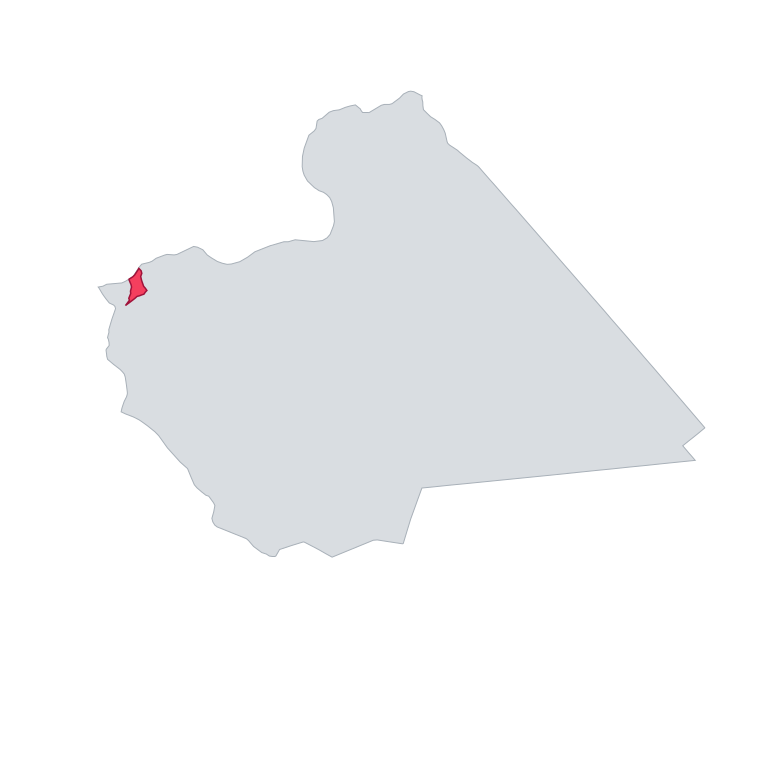 Az Zawiyah on a map of Libya (Equal Earth projection), rotated 321°
{"feature_id": "LBY-2975", "entity_name": "Az Zawiyah", "entity_type": "Municipality", "adm_level": 1, "iso_a3": "LBY", "parent_name": "Libya", "parent_adm1": "", "projection": "equal_earth", "projection_center": [12.658, 32.555], "detail": "fine", "context": "in_parent", "style": "filled", "palette": "rose", "viewbox_px": 768, "rotation_deg": 321, "n_neighbors": 0, "source": "natural_earth", "source_scale": "10m", "svg_char_len": 3701}
<svg xmlns="http://www.w3.org/2000/svg" viewBox="0 0 768 768"><g transform="rotate(321 384 384)"><path d="M168.0,236.0L171.2,234.0L175.9,231.9L178.3,230.2L179.4,228.8L182.9,223.2L184.8,220.0L187.3,215.7L188.4,212.8L188.4,210.0L188.1,206.7L186.2,198.7L184.7,190.9L186.0,188.0L187.0,186.5L189.2,182.9L190.0,182.2L194.7,181.1L196.5,178.6L198.0,175.6L198.3,174.0L200.4,172.4L202.8,170.7L204.3,168.6L209.2,165.2L213.6,162.2L218.8,159.0L222.8,156.5L223.7,154.4L223.6,152.5L221.5,148.2L221.5,143.2L221.7,139.1L221.9,136.6L222.9,129.8L222.9,128.8L227.1,131.1L231.3,132.0L243.9,140.5L247.9,141.5L256.8,142.5L267.2,139.1L271.1,138.4L278.0,141.7L281.0,142.6L286.1,142.9L294.8,145.8L297.0,146.8L302.1,151.6L304.6,153.0L322.6,157.3L325.1,160.2L327.7,165.7L327.8,172.5L329.3,177.5L331.6,183.9L334.4,188.5L337.4,192.3L340.9,194.7L348.9,198.2L357.8,199.6L366.9,200.0L382.5,204.9L395.8,210.5L399.1,213.2L405.7,216.0L419.1,229.2L426.5,233.8L431.7,234.6L436.3,233.8L444.4,229.2L447.7,226.5L455.6,215.1L458.2,209.2L459.1,205.0L458.7,200.7L457.6,196.9L455.2,192.9L453.5,187.6L452.3,178.1L453.4,171.5L454.9,167.6L457.2,163.6L463.8,155.9L470.4,150.5L482.2,143.4L489.1,143.4L492.0,142.6L497.5,137.6L499.8,137.4L503.1,138.6L512.5,138.3L516.7,139.7L521.8,142.8L528.1,144.7L532.6,146.6L537.4,149.1L538.7,155.3L538.3,157.1L538.2,159.5L543.3,163.7L557.3,165.7L560.1,166.9L564.1,170.1L566.6,171.2L576.1,171.6L581.6,170.9L587.0,172.1L589.0,173.2L591.2,175.7L593.9,181.9L595.0,184.0L593.9,185.0L592.5,187.2L591.7,189.1L589.3,192.3L587.3,195.6L587.8,200.6L588.4,205.6L590.1,210.5L591.5,216.0L591.3,219.6L590.5,224.0L589.4,227.6L585.6,235.2L585.0,237.0L585.3,239.6L588.2,248.6L588.6,251.4L590.4,260.2L592.1,267.3L593.9,272.9L594.2,274.5L594.5,282.7L594.8,291.0L595.2,299.3L595.5,307.6L595.8,315.9L596.1,324.2L596.5,332.6L596.8,340.9L597.1,349.3L597.4,357.6L597.7,366.0L598.0,374.4L598.3,382.8L598.6,391.2L598.9,399.6L599.2,408.0L599.5,416.4L599.8,424.8L600.1,433.3L600.4,441.7L600.7,450.2L601.0,458.6L601.3,467.1L601.5,475.6L601.8,484.1L602.1,492.6L602.4,501.1L602.6,509.6L602.9,518.1L603.1,526.6L603.4,535.1L603.7,543.7L604.2,562.7L604.8,581.7L605.3,600.7L605.8,619.8L605.7,619.9L605.6,620.0L598.4,620.1L591.4,620.1L584.4,620.0L577.3,620.0L577.4,624.8L577.5,629.6L577.7,634.4L577.8,639.2L563.9,630.1L550.0,621.0L536.1,612.0L522.3,602.9L508.4,593.9L494.6,584.8L480.8,575.8L467.0,566.8L453.2,557.8L439.5,548.8L425.8,539.8L412.1,530.8L398.4,521.8L384.7,512.8L371.1,503.8L357.4,494.9L348.0,488.7L338.0,494.7L330.1,499.5L319.8,505.7L307.8,513.8L298.7,520.0L298.2,520.0L297.8,519.8L288.2,509.3L280.7,501.0L277.4,498.7L263.4,494.5L249.4,490.3L234.7,485.9L232.0,479.3L229.1,471.8L225.1,462.5L222.6,456.8L221.8,455.9L210.6,451.4L198.7,446.9L191.8,449.6L190.6,449.4L188.6,447.7L186.6,445.5L185.6,442.2L182.9,438.0L180.4,428.2L180.2,420.4L179.7,417.6L173.6,406.6L168.1,396.7L164.4,390.1L163.7,387.1L164.2,383.4L165.7,380.1L171.2,376.2L176.1,372.0L176.8,369.0L177.2,360.9L175.6,358.4L174.5,353.6L173.3,347.1L173.2,342.9L175.5,334.7L178.1,326.1L176.5,316.5L175.5,297.4L176.4,282.4L175.9,276.9L175.4,274.6L173.9,267.6L171.9,260.3L171.1,257.7L168.5,251.9L164.3,244.6L162.2,240.2L165.2,237.8L168.0,236.0Z" fill="#d9dde1" stroke="#a8b0b8" stroke-width="1"/><path d="M251.9,142.1L256.1,142.6L258.7,142.4L265.5,140.2L266.2,139.8L266.3,140.0L266.3,140.3L266.5,143.2L265.5,145.4L265.4,145.6L262.6,147.3L261.4,149.7L260.7,151.2L258.7,156.8L258.8,159.3L258.6,162.1L256.3,162.4L255.0,162.8L253.9,163.1L251.9,162.3L249.6,161.6L247.2,160.5L244.2,160.7L240.2,160.6L232.5,160.3L238.9,158.7L239.6,156.8L241.9,155.5L244.1,154.3L245.4,152.3L248.8,149.8L249.9,147.7L251.4,142.6L251.9,142.1L251.9,142.1Z" fill="#f43f5e" stroke="#9f1239" stroke-width="1.5"/></g></svg>